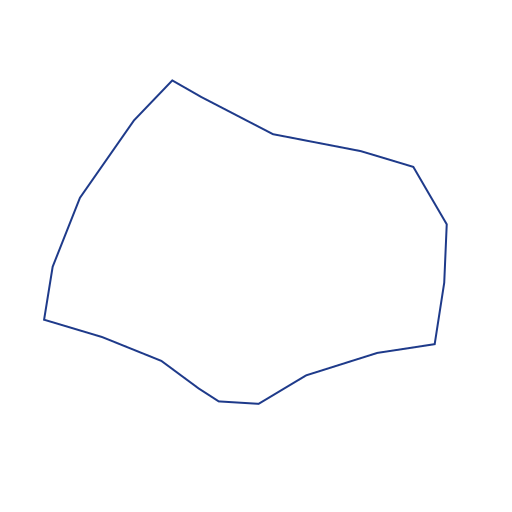 the district of Mwene-Ditu, Kasaï-Oriental, Democratic Republic of the Congo, rotated 14°
{"feature_id": "63176286B28359889537852", "entity_name": "Mwene-Ditu", "entity_type": "district", "adm_level": 2, "iso_a3": "COD", "parent_name": "Democratic Republic of the Congo", "parent_adm1": "Kasaï-Oriental", "projection": "orthographic", "projection_center": [23.475, -6.987], "detail": "fine", "context": "isolated", "style": "outline", "palette": "blue", "viewbox_px": 512, "rotation_deg": 14, "n_neighbors": 0, "source": "geoboundaries", "source_scale": "gbopen_adm2", "svg_char_len": 449}
<svg xmlns="http://www.w3.org/2000/svg" viewBox="0 0 512 512"><g transform="rotate(14 256 256)"><path d="M132.3,105.9L104.8,153.9L95.7,177.7L71.1,242.1L61.3,315.6L65.8,369.1L126.5,371.9L189.6,380.7L232.4,398.4L255.0,406.1L294.3,398.8L332.7,360.5L333.8,359.5L397.1,320.7L450.7,298.3L445.1,236.4L433.4,179.1L407.1,152.1L387.1,131.5L332.4,128.9L243.0,133.7L164.5,115.0L142.2,108.7L132.3,105.9Z" fill="none" stroke="#1e3a8a" stroke-width="2"/></g></svg>